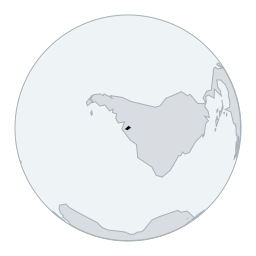 Rivera highlighted on a globe, orthographic projection, rotated 105°
{"feature_id": "URY-14", "entity_name": "Rivera", "entity_type": "Department", "adm_level": 1, "iso_a3": "URY", "parent_name": "Uruguay", "parent_adm1": "", "projection": "orthographic", "projection_center": [-55.345, -31.483], "detail": "fine", "context": "on_globe", "style": "filled", "palette": "ink", "viewbox_px": 256, "rotation_deg": 105, "n_neighbors": 0, "source": "natural_earth", "source_scale": "10m", "svg_char_len": 3679}
<svg xmlns="http://www.w3.org/2000/svg" viewBox="0 0 256 256"><g transform="rotate(105 128 128)"><circle cx="128" cy="128" r="113" fill="#eef3f6" stroke="#a8b0b8"/><path d="M98.2,19.4L98.8,19.2L97.7,19.6L98.7,19.6L101.0,18.9L101.0,18.7L105.5,17.6L120.0,15.6L121.0,15.6L127.5,15.8L127.6,16.1L122.1,16.7L114.2,17.2L107.1,19.2L115.6,17.4L115.6,18.5L117.3,18.5L119.6,18.3L121.1,17.8L121.9,18.2L113.8,19.8L112.9,19.5L115.5,18.9L111.8,19.3L106.3,20.9L106.8,21.6L98.0,24.3L98.2,24.9L96.4,26.0L96.7,24.8L96.1,27.3L85.9,32.8L84.9,38.9L81.6,35.2L77.9,35.9L73.2,37.7L72.9,38.6L67.1,40.4L61.0,45.0L57.6,51.3L58.7,54.7L65.3,51.9L67.8,48.6L72.9,46.2L68.1,54.6L76.9,52.6L75.3,58.8L77.7,61.1L82.4,59.1L87.2,59.5L91.0,55.1L96.9,52.2L96.7,57.1L100.2,52.1L103.4,54.0L115.4,52.7L114.4,53.9L124.5,59.5L135.9,62.4L138.5,66.5L137.1,69.0L141.2,70.0L141.3,71.7L157.8,76.2L166.6,82.2L166.4,88.5L159.5,94.8L154.0,111.0L141.7,115.5L139.1,122.8L130.5,133.7L123.0,132.8L125.7,138.7L122.0,142.3L117.3,142.7L117.1,147.0L113.6,147.4L116.3,150.1L111.7,156.3L114.1,160.9L111.0,166.2L112.8,169.0L111.2,169.1L109.8,170.4L110.1,172.1L104.9,170.0L102.2,163.7L103.2,160.2L101.2,160.0L103.2,151.3L101.3,153.3L99.9,141.5L101.6,131.8L100.9,106.9L98.2,102.7L89.5,99.0L79.1,85.7L81.5,79.0L79.4,76.7L86.3,67.0L84.7,60.5L82.4,60.1L79.8,63.3L72.0,61.4L69.7,57.4L48.3,60.6L46.7,59.8L47.6,56.5L45.6,52.0L44.1,58.5L42.4,58.6L41.9,57.0L43.4,55.3L44.7,52.4L43.8,53.1L49.4,47.3L55.5,41.8L61.8,36.8L68.6,32.3L75.6,28.3L82.9,24.8L90.5,21.8L98.2,19.4ZM83.8,41.4L93.9,42.5L87.6,44.2L88.9,43.3L86.4,42.4L81.7,42.4L76.3,44.7L83.8,41.4ZM89.5,36.4L87.7,36.6L89.5,36.1L89.5,36.4ZM113.9,174.9L105.5,171.0L110.0,172.6L112.3,169.6L117.0,172.9L113.9,174.9ZM120.9,167.4L124.0,165.9L125.1,166.7L123.1,167.9L120.9,167.4ZM213.2,54.3L213.3,54.5L213.5,54.7L218.7,61.2L223.4,68.1L227.5,75.3L231.2,82.8L234.2,90.5L236.7,98.5L238.6,106.6L239.9,114.8L240.5,123.1L240.6,131.5L240.0,139.8L238.8,148.0L238.1,151.8L235.7,160.0L234.0,160.6L230.8,168.0L229.4,167.8L227.1,171.6L224.1,173.6L220.3,174.1L217.5,168.3L220.0,164.3L222.6,154.3L227.3,133.5L230.8,127.4L231.7,121.1L229.3,104.2L230.1,98.2L228.8,94.2L226.5,92.6L224.6,88.0L223.0,86.6L210.6,81.0L205.2,74.3L194.6,58.6L195.7,54.8L192.9,49.4L197.4,40.8L201.7,43.8L207.8,48.5L213.2,54.3ZM198.8,40.4L200.3,42.4L197.8,41.0L193.3,37.9L187.2,32.6L193.3,36.2L198.8,40.4ZM199.8,46.3L200.6,47.7L199.8,46.3ZM115.8,52.6L117.2,53.5L115.2,53.6L115.8,52.6ZM86.5,46.2L88.7,45.8L89.8,46.2L88.0,46.8L86.5,46.2ZM106.2,42.9L109.0,43.0L106.0,43.6L106.2,42.9ZM95.5,42.6L104.0,43.0L98.3,45.1L93.0,45.0L96.8,44.0L95.5,42.6ZM87.9,38.8L89.2,38.8L88.6,39.6L87.9,38.8ZM90.8,36.1L90.3,36.3L89.7,35.9L90.8,36.1ZM116.1,18.3L116.8,18.2L119.0,18.1L117.7,18.4L116.1,18.3ZM130.0,17.1L131.1,17.8L129.5,17.3L127.9,17.7L122.6,17.4L127.4,16.2L126.2,16.7L130.0,17.1ZM116.9,17.1L119.7,17.1L116.4,17.1L116.9,17.1ZM189.5,222.0L187.2,223.4L188.2,222.6L189.5,222.0ZM230.0,175.9L227.7,180.0L228.7,177.3L231.2,172.2L234.6,164.4L234.6,164.5L230.0,175.9Z" fill="#d9dde1" stroke="#a8b0b8" stroke-width="1"/><path d="M127.2,127.1L127.3,127.1L127.3,126.9L127.5,127.0L127.5,126.9L127.5,126.7L127.6,126.8L127.8,126.9L127.8,127.0L128.0,127.1L128.0,127.3L128.1,127.5L128.3,127.6L128.5,127.7L128.7,127.8L128.8,127.8L129.2,127.9L129.2,128.0L129.3,128.0L129.5,128.3L129.4,128.4L129.4,128.5L129.4,128.8L129.3,129.0L129.2,129.2L129.2,129.3L129.1,129.2L128.9,129.0L128.9,128.9L128.7,128.8L128.7,128.7L128.4,128.7L128.2,128.7L127.9,128.6L127.7,128.6L127.5,128.4L127.5,128.2L127.4,128.2L127.2,128.0L127.2,127.9L127.0,127.7L126.9,127.7L126.7,127.6L126.8,127.5L126.8,127.4L126.9,127.2L127.0,127.2L127.2,127.1Z" fill="#0f172a" stroke="#020617" stroke-width="1.5"/></g></svg>